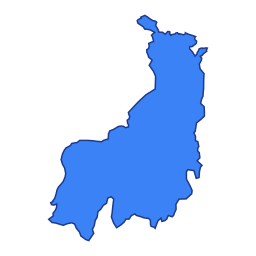 Peristerona Pafou, Paphos, Cyprus (Natural Earth projection)
{"feature_id": "46923920B18196113028604", "entity_name": "Peristerona Pafou", "entity_type": "district", "adm_level": 2, "iso_a3": "CYP", "parent_name": "Cyprus", "parent_adm1": "Paphos", "projection": "natural_earth1", "projection_center": [32.486, 34.995], "detail": "fine", "context": "isolated", "style": "filled", "palette": "blue", "viewbox_px": 256, "rotation_deg": 0, "n_neighbors": 0, "source": "geoboundaries", "source_scale": "gbopen_adm2", "svg_char_len": 3131}
<svg xmlns="http://www.w3.org/2000/svg" viewBox="0 0 256 256"><path d="M137.2,20.8L137.9,23.2L140.2,24.7L143.3,26.8L144.7,29.1L148.0,29.4L150.1,29.9L154.7,32.3L151.5,35.2L152.7,37.5L153.6,41.7L151.9,42.0L148.7,43.4L149.2,46.4L148.5,48.6L146.7,49.7L146.8,52.2L147.9,54.5L148.7,57.3L152.1,60.1L149.2,65.3L153.6,71.5L155.6,76.3L155.2,89.0L145.9,94.8L138.4,101.8L128.4,112.4L128.8,114.2L129.7,116.7L129.0,118.9L127.2,120.2L127.6,123.3L128.5,124.7L128.5,126.9L127.1,127.2L125.4,127.7L123.6,126.4L121.4,126.1L118.5,126.4L113.6,129.4L109.7,130.9L108.5,133.8L108.3,137.5L107.9,139.3L106.4,139.4L103.4,140.5L101.7,141.7L97.5,141.4L92.4,140.7L87.3,140.4L83.8,140.4L79.7,140.4L77.2,142.5L71.7,143.4L70.5,145.5L65.9,148.0L64.1,150.6L62.6,153.7L61.1,159.6L62.6,164.4L64.6,168.0L65.7,173.4L65.1,177.0L63.2,181.5L61.3,183.9L58.6,186.9L57.1,189.7L56.2,193.7L54.7,198.4L52.8,200.9L52.9,201.5L50.7,202.7L51.5,204.6L53.9,205.1L56.7,204.0L56.6,207.1L55.8,209.4L54.2,211.8L53.0,213.3L53.3,215.8L48.7,219.3L52.0,222.5L55.5,223.0L63.3,225.3L67.2,223.7L71.7,222.8L74.6,224.0L76.4,228.3L79.5,232.1L80.9,236.0L85.7,239.5L87.6,240.2L88.8,240.6L89.1,240.1L91.3,236.8L93.7,233.3L92.4,229.5L94.3,225.4L95.2,220.6L97.1,217.3L98.0,211.5L100.6,209.4L103.3,205.3L106.5,203.3L107.8,198.0L111.2,196.8L113.7,199.1L112.7,207.2L112.1,213.2L111.4,217.0L113.6,222.9L116.6,227.7L121.2,224.7L124.1,222.1L125.9,219.1L129.1,219.1L131.4,215.5L134.8,213.9L136.4,215.4L141.5,216.9L143.9,217.8L148.8,218.5L150.4,220.3L150.5,224.8L151.1,226.3L154.1,227.2L155.1,228.3L157.9,220.9L160.9,218.2L161.9,221.4L164.7,220.7L166.7,219.1L168.3,215.5L172.1,216.8L173.6,215.4L174.2,213.5L174.5,212.8L176.1,209.3L175.9,204.3L177.3,202.0L179.0,199.1L186.1,198.9L191.7,193.8L192.1,190.5L190.0,185.7L186.5,179.3L186.4,176.9L186.4,171.9L187.8,169.7L194.0,170.6L196.2,178.3L199.0,177.6L199.5,171.4L200.4,167.3L202.0,165.4L197.1,160.8L199.9,157.7L199.2,152.5L197.8,151.4L197.6,148.7L198.8,146.5L198.1,143.2L197.8,141.6L195.5,140.7L195.5,138.1L195.5,136.2L193.8,132.8L195.2,131.4L196.5,122.9L201.0,119.3L204.4,116.1L204.4,111.4L204.1,106.7L200.6,103.4L201.6,99.2L203.0,96.0L203.2,92.2L203.6,89.0L203.7,79.4L204.0,73.6L200.1,68.9L199.3,64.1L201.3,60.5L201.7,58.1L200.4,56.7L200.2,56.2L201.1,55.9L202.0,55.5L202.5,55.0L203.0,54.5L203.1,54.0L203.9,53.4L206.7,51.2L206.5,50.8L206.6,50.1L206.9,48.9L207.3,48.1L206.5,47.9L204.4,48.1L202.8,48.5L202.1,48.0L200.3,48.4L199.0,49.1L198.4,51.0L197.3,52.3L196.8,54.3L195.1,56.1L194.8,55.2L193.6,54.1L192.8,52.3L189.7,48.9L189.6,47.5L190.0,46.5L191.7,46.7L192.7,46.3L193.3,45.6L195.0,44.5L196.2,43.4L196.4,42.6L196.6,41.4L196.3,40.8L195.0,39.8L194.6,37.8L195.6,36.6L191.7,35.2L190.1,34.8L188.6,34.3L185.5,32.9L185.7,33.7L184.7,34.2L183.7,34.8L183.0,34.6L181.6,34.3L179.6,33.7L179.0,34.3L177.4,32.7L175.8,33.0L175.2,34.0L172.1,34.5L170.8,35.4L170.4,34.4L169.5,33.8L169.8,33.0L169.8,31.9L169.2,31.6L167.7,31.5L165.2,34.3L162.5,32.2L159.0,32.2L158.4,30.3L157.4,28.4L155.6,25.5L156.0,24.1L156.7,22.3L155.7,21.2L152.6,20.5L149.3,18.4L147.6,17.0L146.2,16.2L144.8,15.4L140.8,17.2L141.3,18.1L138.1,19.6L137.2,20.8Z" fill="#3b82f6" stroke="#1e3a8a" stroke-width="1.5"/></svg>